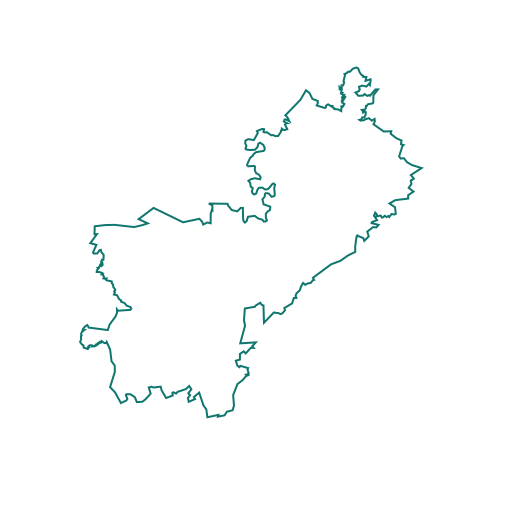 Umzinyathi, KwaZulu-Natal, South Africa, rotated 236°
{"feature_id": "47623444B41861303399053", "entity_name": "Umzinyathi", "entity_type": "district", "adm_level": 2, "iso_a3": "ZAF", "parent_name": "South Africa", "parent_adm1": "KwaZulu-Natal", "projection": "equal_earth", "projection_center": [30.717, -28.61], "detail": "fine", "context": "isolated", "style": "outline", "palette": "teal", "viewbox_px": 512, "rotation_deg": 236, "n_neighbors": 0, "source": "geoboundaries", "source_scale": "gbopen_adm2", "svg_char_len": 6106}
<svg xmlns="http://www.w3.org/2000/svg" viewBox="0 0 512 512"><g transform="rotate(236 256 256)"><path d="M144.1,134.6L141.5,140.8L143.2,144.8L141.2,150.3L144.3,154.1L153.5,159.3L160.2,169.0L160.6,175.5L162.0,180.5L161.6,182.4L163.1,181.7L162.4,184.1L166.8,185.6L167.5,186.8L173.7,181.6L173.1,180.1L175.3,179.2L180.5,180.7L179.1,184.7L183.8,187.9L183.8,192.5L181.0,193.0L182.8,200.4L181.1,202.7L183.3,202.5L184.5,207.5L192.4,194.1L204.4,208.0L209.3,210.0L218.7,217.4L214.5,226.8L215.1,228.0L214.9,233.4L212.4,233.4L210.8,234.5L196.2,225.3L199.2,239.2L195.9,242.8L194.1,243.9L193.7,245.8L194.8,249.7L197.0,250.4L196.5,259.4L200.0,263.8L198.7,266.1L200.8,266.5L202.4,268.7L203.1,273.2L205.6,276.4L207.3,280.0L204.6,280.7L204.3,283.8L203.1,286.0L204.1,289.8L203.7,290.8L206.1,291.0L207.1,313.7L204.8,323.3L205.0,332.5L203.9,340.6L208.1,343.3L215.9,350.2L216.7,352.4L215.7,350.9L215.3,352.0L210.8,355.0L208.0,354.2L209.2,360.4L214.0,361.9L214.5,369.2L212.4,371.8L213.3,375.0L218.6,370.2L219.3,370.9L218.0,376.4L223.4,376.3L225.3,379.1L222.9,379.4L221.4,378.0L219.8,382.0L217.4,381.8L217.0,383.4L217.4,385.1L215.3,386.1L215.1,388.2L213.8,388.3L215.0,391.9L213.1,393.8L212.8,395.5L218.6,398.5L224.9,396.0L224.4,402.7L218.5,414.3L221.3,416.1L221.3,422.6L227.1,420.7L228.9,425.3L231.7,426.3L232.2,427.3L231.8,427.9L231.8,430.1L236.5,429.6L236.3,442.5L244.1,436.2L249.2,433.7L254.5,433.2L255.8,430.5L258.5,430.3L265.3,438.9L265.5,440.4L267.6,438.7L270.4,441.2L275.0,438.3L282.0,436.0L283.8,437.9L287.8,431.5L299.5,427.1L301.2,429.9L303.3,430.9L303.4,427.8L307.2,426.6L308.3,422.8L308.1,421.7L309.7,418.5L311.0,417.9L310.4,419.9L311.5,421.6L310.3,423.3L311.7,425.8L313.9,427.5L315.1,427.0L315.0,425.0L316.4,425.6L317.9,425.4L317.3,426.7L316.3,427.1L317.0,429.6L318.9,431.0L318.5,431.8L319.2,433.7L317.3,438.0L317.4,438.9L323.6,443.2L325.9,450.3L327.3,448.1L325.1,440.0L326.2,439.7L326.5,437.8L329.5,436.6L329.1,434.6L331.5,430.5L335.9,429.9L335.1,433.5L336.3,435.5L335.9,436.1L336.3,435.5L336.4,435.1L338.7,436.1L337.8,439.5L334.7,442.3L335.6,446.0L334.1,446.0L337.8,449.5L338.5,449.8L340.0,444.7L342.7,447.6L344.6,445.0L345.6,445.6L346.7,444.8L349.9,444.6L354.5,445.6L356.3,444.4L357.1,440.9L356.2,436.8L357.0,436.0L357.2,434.3L356.8,433.9L357.4,431.1L356.1,430.9L353.1,427.4L351.6,426.1L350.8,426.3L349.4,424.6L348.8,423.7L349.7,422.3L347.6,421.2L347.1,420.1L349.3,419.7L347.3,418.5L346.0,420.2L343.4,417.4L342.7,418.8L342.1,417.8L340.8,418.0L340.2,419.2L339.6,418.4L337.9,419.0L337.1,417.1L338.3,418.0L339.5,416.8L339.5,416.0L337.4,415.3L336.7,413.8L335.6,414.1L335.0,413.2L332.6,414.3L331.7,412.4L332.2,410.7L331.2,411.0L330.9,409.4L328.5,407.7L331.9,405.8L334.0,403.1L334.6,403.6L336.4,402.7L337.4,403.4L338.1,402.7L337.9,402.1L341.4,400.6L341.5,398.3L340.3,397.2L340.1,396.0L346.8,390.5L348.1,392.7L349.9,393.9L354.8,390.6L361.3,391.5L365.4,390.1L360.6,380.0L356.2,359.0L353.6,359.6L349.1,359.0L352.4,357.2L353.2,356.0L351.9,354.3L348.7,356.0L349.1,355.3L348.8,353.5L343.7,352.9L344.3,350.4L345.3,349.2L347.1,348.6L345.9,347.7L346.0,346.9L345.2,346.5L343.1,341.5L344.5,339.1L346.7,337.8L347.5,336.2L352.7,334.1L353.8,331.9L354.8,331.6L356.6,333.6L357.9,332.2L359.0,326.6L357.0,326.3L353.3,319.1L357.2,314.9L357.6,311.8L355.5,310.1L352.6,309.6L350.9,307.3L350.1,307.2L347.3,310.1L344.6,314.8L345.5,318.2L347.9,320.9L347.6,322.8L344.0,324.2L340.6,323.6L339.1,322.3L338.9,321.0L342.0,314.2L341.9,311.4L340.9,309.2L340.6,306.0L337.0,300.1L336.2,299.4L334.7,299.7L331.7,304.8L330.8,305.2L327.9,303.0L324.8,302.4L321.4,304.0L318.5,303.8L317.3,302.3L321.2,298.4L322.6,294.2L322.5,291.7L319.9,292.1L316.5,290.4L314.2,291.3L311.7,288.6L309.9,288.2L308.0,288.9L307.7,291.1L310.0,294.1L310.8,296.0L310.6,297.3L309.0,299.6L306.1,300.7L305.2,302.2L304.8,304.0L306.6,310.1L306.1,311.3L304.4,311.6L302.3,309.2L296.2,305.8L295.5,304.6L296.3,302.1L300.7,301.5L302.6,299.4L302.5,298.2L300.3,296.3L299.4,293.0L294.6,291.2L288.9,295.4L286.4,293.5L286.4,290.6L285.5,287.8L282.1,285.5L279.4,285.0L279.3,283.4L280.2,281.7L282.5,281.6L285.9,278.8L290.0,277.4L293.0,271.3L290.2,267.8L289.9,265.5L292.0,265.2L294.2,266.2L303.2,272.0L304.4,270.2L303.5,265.4L307.7,261.6L313.7,261.1L315.2,261.6L325.9,246.2L322.3,248.1L318.2,245.4L318.9,245.2L316.5,242.2L308.5,236.7L311.0,234.4L311.6,229.8L314.4,230.5L318.5,229.9L324.7,214.4L353.1,198.0L352.2,179.3L343.6,184.5L345.3,178.6L348.2,171.1L360.9,156.2L366.3,147.7L370.8,138.9L364.4,134.3L363.1,136.4L359.3,125.8L354.5,129.9L350.0,122.8L348.7,122.9L346.9,125.8L348.3,129.6L347.9,130.8L346.0,130.0L342.0,130.3L338.2,127.4L339.0,126.2L337.9,124.5L337.1,124.9L336.4,123.3L336.1,124.7L334.3,123.8L334.2,122.2L335.4,122.3L335.6,121.4L334.7,120.9L334.6,119.6L334.0,119.1L334.6,118.1L333.6,118.1L333.1,116.0L331.8,115.0L330.5,117.0L328.0,119.0L327.2,117.7L326.4,119.1L325.7,118.4L323.8,118.4L322.7,117.0L321.0,119.5L320.5,118.3L319.3,118.6L315.6,122.2L313.9,121.2L312.1,121.6L310.4,120.4L306.9,120.5L306.2,120.0L306.1,118.7L304.5,118.5L303.5,116.7L301.1,118.9L296.7,118.4L294.5,119.4L293.6,118.6L290.5,120.7L287.2,121.0L283.8,123.4L282.1,123.2L281.6,121.7L287.8,111.0L289.5,110.9L286.7,109.1L284.4,105.7L281.1,96.5L277.5,91.7L290.2,77.3L293.0,77.6L293.2,75.3L292.3,71.8L291.3,70.7L290.6,72.0L290.4,69.1L288.9,67.1L287.6,67.0L287.3,66.0L284.7,64.4L283.1,62.1L279.9,62.2L278.4,63.0L276.4,61.9L272.9,64.5L273.3,65.5L274.1,65.6L273.8,66.8L274.8,66.7L275.0,68.1L273.8,70.0L272.7,69.5L271.9,71.8L271.4,71.6L271.3,73.1L271.9,73.6L271.1,74.2L272.0,75.1L271.3,76.0L272.1,76.5L272.1,78.3L271.3,77.9L270.8,79.3L271.7,80.4L268.7,81.6L267.6,82.9L268.3,84.2L259.9,82.7L249.6,77.4L244.1,77.6L238.8,74.1L228.9,61.7L221.8,62.9L209.6,61.8L208.7,67.6L209.4,69.4L213.6,70.4L213.8,71.5L211.5,74.7L206.6,76.6L201.5,75.5L198.7,80.3L199.0,84.3L200.8,91.7L207.0,93.6L206.0,96.3L204.2,97.6L201.0,103.9L197.2,102.6L188.5,102.1L186.9,109.0L189.2,110.0L189.3,111.2L186.6,112.8L187.2,115.0L184.9,123.4L185.6,127.9L181.7,127.9L180.0,123.1L177.5,123.6L176.4,120.2L172.7,118.7L171.5,125.5L173.8,125.6L174.5,132.5L161.6,128.9L156.5,129.0L149.5,125.5L145.3,136.0L144.1,134.6Z" fill="none" stroke="#0f766e" stroke-width="2"/></g></svg>